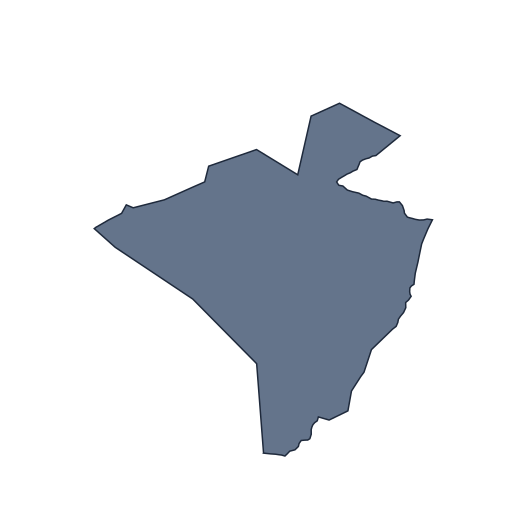 outline of Santa María Tataltepec, Oaxaca, Mexico, rotated 26°
{"feature_id": "50627088B49093080347396", "entity_name": "Santa María Tataltepec", "entity_type": "district", "adm_level": 2, "iso_a3": "MEX", "parent_name": "Mexico", "parent_adm1": "Oaxaca", "projection": "orthographic", "projection_center": [-97.385, 17.136], "detail": "fine", "context": "isolated", "style": "filled", "palette": "slate", "viewbox_px": 512, "rotation_deg": 26, "n_neighbors": 0, "source": "geoboundaries", "source_scale": "gbopen_adm2", "svg_char_len": 1581}
<svg xmlns="http://www.w3.org/2000/svg" viewBox="0 0 512 512"><g transform="rotate(26 256 256)"><path d="M117.0,266.9L116.5,276.6L107.5,288.5L100.2,299.4L99.6,300.2L98.6,302.3L125.6,309.9L218.0,322.4L303.8,352.5L349.1,429.7L349.1,429.9L356.0,427.4L360.4,425.6L363.6,424.6L366.2,423.7L369.7,423.1L370.8,420.1L371.9,416.6L373.9,414.9L376.0,413.1L377.6,408.6L376.9,405.6L377.5,402.0L380.6,400.1L383.2,398.7L384.5,396.6L383.8,392.0L381.7,387.8L381.2,385.1L381.1,382.7L381.8,380.0L383.3,377.3L382.6,373.3L393.6,371.4L406.5,354.9L401.0,335.5L403.0,318.4L404.0,313.1L400.8,289.5L410.7,262.1L412.8,257.8L412.6,253.6L411.7,250.3L412.3,246.5L413.4,242.2L413.3,236.8L410.9,232.2L412.4,228.7L413.1,224.2L411.2,222.8L409.8,220.8L408.3,217.3L408.8,214.8L410.4,212.2L409.0,208.4L406.7,201.6L404.2,190.4L401.7,180.8L399.6,172.5L399.2,167.3L398.6,156.2L398.7,146.1L393.6,147.8L390.8,150.1L387.0,152.1L383.1,153.2L380.1,153.7L377.4,154.3L375.0,154.7L370.6,152.4L369.2,150.2L365.5,146.5L361.2,144.5L358.9,145.6L356.0,148.2L349.8,149.3L346.9,150.8L344.4,151.3L341.6,152.1L338.3,152.7L334.9,154.2L328.8,153.9L325.3,154.6L320.9,154.4L314.6,155.9L309.2,156.7L303.4,155.0L299.5,156.1L298.0,155.3L296.0,154.1L296.5,150.9L298.3,148.0L300.4,144.9L301.9,142.5L304.3,139.8L305.9,137.3L308.8,134.0L308.8,133.4L308.6,131.1L308.5,128.4L308.2,125.8L309.6,123.2L312.1,120.5L314.7,118.3L316.8,115.2L319.7,113.2L332.8,84.7L302.8,83.8L264.1,82.1L244.2,106.1L257.9,164.7L209.8,160.1L174.1,196.0L177.4,211.9L168.4,222.5L149.0,245.7L124.5,266.5L117.0,266.9Z" fill="#64748b" stroke="#1e293b" stroke-width="1.5"/></g></svg>